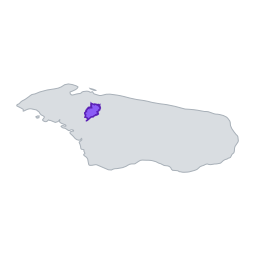 location of Andilamena, Alaotra-Mangoro, Madagascar, rotated 265°
{"feature_id": "10022922B97539486376385", "entity_name": "Andilamena", "entity_type": "district", "adm_level": 2, "iso_a3": "MDG", "parent_name": "Madagascar", "parent_adm1": "Alaotra-Mangoro", "projection": "natural_earth1", "projection_center": [48.448, -16.737], "detail": "fine", "context": "in_parent", "style": "filled", "palette": "violet", "viewbox_px": 256, "rotation_deg": 265, "n_neighbors": 0, "source": "geoboundaries", "source_scale": "gbopen_adm2", "svg_char_len": 6179}
<svg xmlns="http://www.w3.org/2000/svg" viewBox="0 0 256 256"><g transform="rotate(265 128 128)"><path d="M164.2,24.9L164.9,26.6L165.6,28.2L167.9,32.1L168.9,33.6L169.7,35.2L170.1,38.4L171.6,43.3L172.9,50.8L173.4,58.4L173.8,61.9L174.8,65.2L176.6,68.6L177.1,72.4L176.1,76.4L174.5,80.1L174.1,80.7L173.4,81.7L173.0,81.7L171.8,80.7L170.8,79.1L169.5,75.5L169.0,73.6L168.5,73.3L167.0,73.5L165.9,74.6L165.7,75.4L165.9,77.4L166.3,79.3L166.5,81.2L166.6,83.6L167.0,84.3L167.6,84.9L168.2,86.5L168.3,90.2L167.9,92.0L166.8,93.7L166.9,94.5L167.3,95.5L166.9,96.0L165.5,96.7L164.9,97.3L164.2,99.0L162.9,102.3L162.7,104.0L163.5,109.2L163.3,112.9L161.7,120.0L160.8,123.3L159.5,127.3L157.6,132.6L155.6,139.2L154.0,146.1L152.8,150.2L151.4,154.2L149.5,161.3L147.9,168.6L145.5,176.6L142.3,185.4L141.9,186.6L141.2,191.2L140.5,195.1L139.6,199.0L137.8,205.5L137.6,207.5L137.2,209.4L135.4,213.4L134.7,214.9L134.2,216.5L133.9,218.6L133.4,220.5L132.1,224.1L130.2,227.2L128.9,228.3L126.1,230.0L124.6,230.3L121.5,230.3L118.4,231.3L115.2,233.1L112.1,235.1L111.0,236.1L109.7,236.7L105.6,236.8L104.4,236.3L100.3,233.0L98.7,232.4L95.7,231.9L94.8,231.6L94.0,231.2L92.8,229.4L90.4,227.9L89.8,227.5L89.4,226.5L89.2,225.3L88.5,224.1L88.0,221.7L87.2,220.1L85.0,217.2L84.8,216.2L84.5,213.1L84.6,211.1L84.3,207.2L84.6,205.4L85.3,203.8L85.0,202.0L84.2,200.2L83.8,198.3L83.2,196.5L80.9,193.4L80.3,191.9L79.9,190.3L79.0,185.3L78.9,183.6L79.0,179.9L79.3,178.0L79.8,176.7L79.9,175.7L80.3,174.9L80.9,174.2L81.2,173.4L82.0,168.7L83.1,167.7L84.8,167.1L86.1,165.8L86.8,164.2L87.5,160.8L89.6,157.4L90.3,155.6L92.0,152.9L93.4,149.2L93.8,147.4L94.1,145.6L94.5,141.6L94.8,139.6L94.7,137.6L93.8,135.6L91.8,131.9L91.7,131.2L91.9,128.5L91.7,126.5L90.9,124.5L90.0,122.7L89.0,119.2L88.5,113.5L88.6,111.4L88.3,109.6L87.6,107.8L88.1,104.8L94.1,93.6L94.3,92.3L94.0,89.0L94.1,87.0L94.3,86.3L94.8,85.8L95.8,85.6L100.7,85.1L101.3,84.8L102.6,83.9L104.2,82.1L105.0,81.5L105.7,81.7L106.1,82.5L106.6,82.9L108.6,82.1L109.4,82.1L110.1,82.2L110.5,81.5L110.7,80.4L111.0,79.7L111.5,79.3L114.1,79.1L115.7,78.8L117.8,78.1L118.3,78.3L120.0,80.8L120.5,81.0L121.1,81.1L121.7,80.7L120.3,79.3L120.1,78.6L120.2,77.7L120.9,75.9L122.1,74.5L124.9,72.4L127.7,69.9L128.5,69.8L129.2,70.1L129.8,73.0L129.7,73.5L130.2,73.6L130.7,73.2L131.2,72.1L131.2,71.1L130.8,70.2L130.6,69.4L130.6,68.6L132.0,66.9L133.2,65.3L133.7,63.4L134.2,62.5L135.4,61.4L135.7,61.6L136.0,62.4L136.1,63.3L135.8,64.2L135.4,65.0L135.2,66.2L135.9,66.4L136.5,66.1L137.5,64.0L138.5,62.1L139.2,61.1L140.0,60.4L141.3,60.5L142.6,61.0L140.5,58.9L139.9,56.1L142.4,51.2L142.5,50.2L142.8,49.9L143.0,49.5L141.7,47.8L141.5,47.0L141.6,45.8L142.2,44.7L142.8,43.9L143.6,43.6L144.2,44.1L145.6,45.4L146.6,45.6L147.7,44.3L148.6,42.7L150.0,41.6L151.6,40.9L154.0,38.3L155.6,33.0L155.7,31.4L155.4,29.6L154.8,27.8L153.9,25.5L154.1,25.0L155.4,25.3L155.9,25.0L157.3,23.0L159.7,19.2L160.5,19.2L161.1,19.9L161.4,21.0L161.8,21.8L163.4,23.6L164.2,24.9ZM147.8,39.9L147.8,40.5L146.0,40.2L145.7,38.2L146.6,38.2L146.8,37.3L147.3,37.2L147.9,39.0L147.8,39.9ZM169.6,96.9L168.1,99.8L168.5,97.4L170.3,93.8L170.8,93.5L169.6,96.9Z" fill="#d9dde1" stroke="#a8b0b8" stroke-width="1"/><path d="M154.6,96.7L154.4,96.8L154.3,96.7L154.4,96.4L154.3,96.5L154.2,96.5L154.3,96.2L154.5,95.9L154.6,95.7L154.8,95.2L155.0,95.0L155.1,94.9L155.1,94.7L155.1,94.4L155.1,94.1L155.2,93.9L155.4,93.9L155.5,93.6L155.8,93.4L155.4,93.3L155.2,93.3L154.9,93.1L154.6,93.3L154.4,93.4L154.2,93.4L154.0,93.2L153.9,93.2L153.9,93.3L153.6,93.3L153.6,93.2L153.4,93.0L153.2,93.0L152.9,93.0L152.8,93.4L152.6,93.3L152.3,93.3L152.3,93.2L152.1,92.9L151.9,92.9L151.7,93.1L151.5,93.3L151.5,93.1L151.4,93.0L151.3,92.9L151.5,92.8L151.7,92.6L151.7,92.4L151.8,92.4L151.8,92.2L152.0,92.1L152.1,91.9L152.0,91.7L151.9,91.6L151.8,91.4L151.7,91.4L151.5,91.2L151.7,90.9L151.8,90.7L151.5,90.7L151.5,90.4L151.4,90.4L151.5,90.3L151.5,90.2L151.4,90.2L151.3,89.8L151.1,89.8L151.1,89.7L151.0,89.4L150.9,89.3L150.8,89.2L150.7,89.2L150.5,88.9L150.4,88.8L150.1,88.8L149.9,88.8L149.8,88.6L149.7,88.4L149.5,88.0L149.4,88.0L149.3,87.8L149.1,87.7L149.0,87.8L148.8,87.8L148.7,87.9L148.4,87.8L148.3,88.0L148.2,88.0L148.3,87.8L148.3,87.6L148.2,87.4L147.8,87.2L147.6,87.0L147.4,86.9L147.2,86.7L147.0,86.3L146.9,86.3L146.7,86.3L146.3,86.3L146.3,86.2L146.2,86.2L146.1,86.3L145.9,86.4L145.7,86.3L145.4,86.4L145.3,86.6L145.2,86.8L145.1,86.7L144.9,86.7L144.7,86.8L144.1,86.8L144.1,86.7L143.8,86.6L143.7,86.6L143.5,86.4L143.3,86.4L143.1,86.5L142.8,86.5L142.8,86.3L142.7,86.3L142.5,86.2L142.5,86.3L142.5,86.6L142.4,86.9L142.4,87.0L142.2,87.2L142.1,87.3L142.0,87.5L141.9,87.6L141.5,88.2L141.4,88.2L141.3,88.4L140.7,88.7L140.4,88.8L140.1,88.8L139.4,88.1L139.3,87.8L139.1,87.3L138.9,87.3L139.0,87.7L139.1,88.0L139.3,88.3L141.8,91.7L142.0,91.8L142.0,92.1L142.2,92.4L142.3,92.6L142.3,92.8L142.3,93.0L142.2,93.1L142.2,93.3L142.3,93.5L142.2,93.8L142.1,94.0L142.3,94.3L142.3,94.5L142.5,94.7L142.6,94.8L142.8,94.9L142.9,95.0L143.2,95.6L143.2,95.8L143.2,96.0L143.4,96.2L143.5,96.3L143.5,96.5L143.7,96.8L143.8,96.8L144.0,96.9L144.0,97.1L143.9,97.3L143.8,97.5L143.7,97.6L143.8,97.7L143.8,97.9L144.0,97.9L144.1,98.0L143.9,98.0L143.8,98.3L144.0,98.5L144.2,98.8L144.2,99.1L144.3,99.2L144.4,99.4L144.7,99.2L144.8,99.3L144.9,99.5L145.0,99.6L145.2,99.4L145.4,99.4L145.5,99.4L145.6,99.5L145.8,99.4L146.0,99.4L146.3,99.2L146.5,99.0L146.6,98.9L146.7,98.6L146.8,98.5L147.0,98.6L147.0,98.8L146.9,99.1L147.0,99.3L147.3,99.5L147.4,99.8L147.5,100.0L147.7,100.4L147.8,100.4L147.9,100.6L148.0,100.7L148.3,100.7L148.5,100.6L148.6,100.9L148.7,101.0L148.7,101.4L148.9,101.4L149.1,101.6L149.5,101.6L150.1,102.0L150.3,102.2L150.5,102.2L150.8,102.1L150.9,101.9L151.0,101.7L151.4,101.5L151.6,101.4L151.6,101.5L151.8,101.8L151.9,101.7L152.0,101.7L152.2,101.4L152.2,101.5L152.2,101.4L152.5,101.3L152.6,101.2L152.7,101.4L152.7,101.5L152.8,101.6L153.0,101.4L153.2,101.5L153.1,101.3L153.1,101.2L153.3,100.9L153.4,100.7L153.5,100.8L153.8,100.8L154.0,100.8L154.0,100.7L154.0,100.4L153.9,100.2L154.0,100.0L154.0,99.9L153.8,99.5L153.9,99.3L153.9,99.2L153.9,98.9L154.0,98.9L154.1,98.7L154.4,98.4L154.4,98.2L154.5,97.8L154.5,97.7L154.5,97.3L154.6,97.2L154.4,97.1L154.5,97.1L154.6,96.8L154.6,96.7Z" fill="#8b5cf6" stroke="#5b21b6" stroke-width="1.5"/></g></svg>